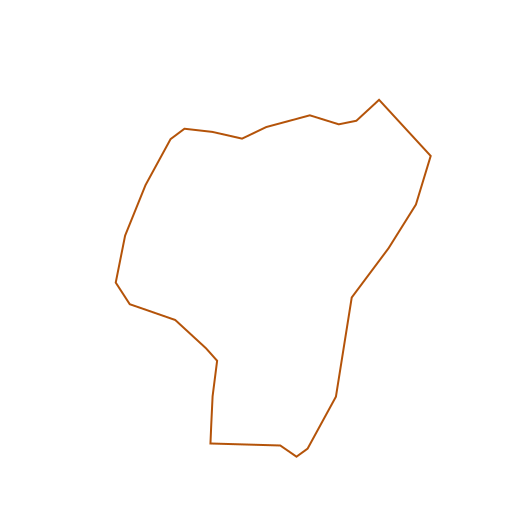 the border of Sunderland, rotated 112°
{"feature_id": "GBR-5664", "entity_name": "Sunderland", "entity_type": "Metropolitan Borough", "adm_level": 1, "iso_a3": "GBR", "parent_name": "United Kingdom", "parent_adm1": "", "projection": "natural_earth1", "projection_center": [-1.453, 54.859], "detail": "fine", "context": "isolated", "style": "outline", "palette": "amber", "viewbox_px": 512, "rotation_deg": 112, "n_neighbors": 0, "source": "natural_earth", "source_scale": "10m", "svg_char_len": 499}
<svg xmlns="http://www.w3.org/2000/svg" viewBox="0 0 512 512"><g transform="rotate(112 256 256)"><path d="M415.3,136.0L426.9,143.3L422.6,162.5L446.9,228.0L428.9,234.4L402.3,243.7L367.7,252.8L360.3,267.8L345.6,306.9L348.0,355.0L333.2,376.1L286.1,385.0L231.6,385.0L179.6,379.0L164.8,370.0L157.3,343.0L152.4,312.9L132.6,294.8L105.4,258.8L102.9,228.6L93.0,213.6L65.1,200.4L97.8,131.5L148.4,127.0L199.1,136.0L258.6,151.7L356.5,129.2L415.3,136.0Z" fill="none" stroke="#b45309" stroke-width="2"/></g></svg>